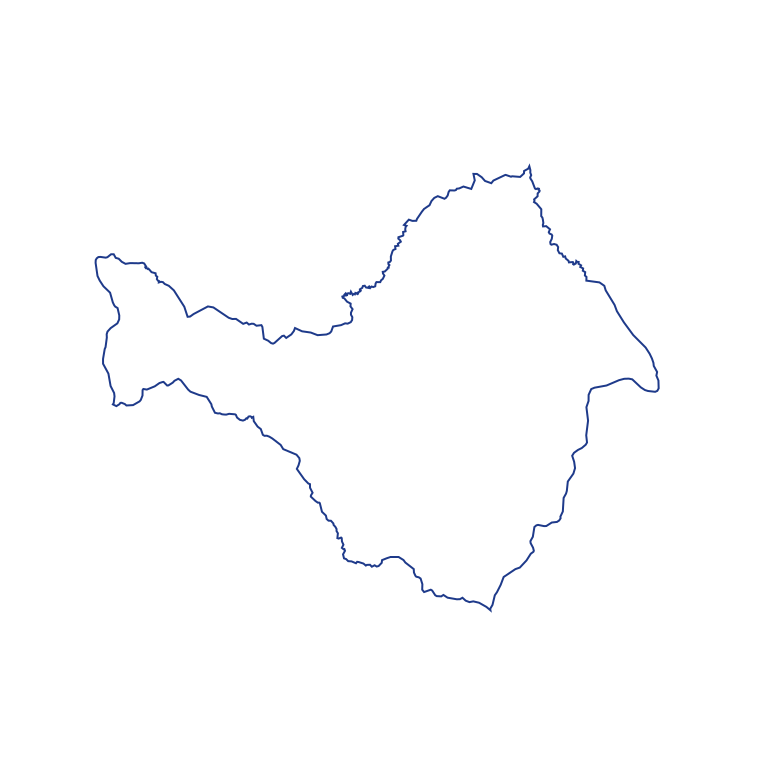 Riosucio, Caldas, Colombia, rotated 151°
{"feature_id": "7082276B83687707691324", "entity_name": "Riosucio", "entity_type": "district", "adm_level": 2, "iso_a3": "COL", "parent_name": "Colombia", "parent_adm1": "Caldas", "projection": "orthographic", "projection_center": [-75.735, 5.434], "detail": "fine", "context": "isolated", "style": "outline", "palette": "blue", "viewbox_px": 768, "rotation_deg": 151, "n_neighbors": 0, "source": "geoboundaries", "source_scale": "gbopen_adm2", "svg_char_len": 6154}
<svg xmlns="http://www.w3.org/2000/svg" viewBox="0 0 768 768"><g transform="rotate(151 384 384)"><path d="M400.6,134.5L400.1,135.9L396.2,138.2L389.5,145.5L386.2,147.1L379.4,151.7L372.9,157.2L358.8,158.4L354.2,157.6L344.9,160.6L337.9,164.4L334.7,164.8L333.8,165.5L333.0,168.5L332.9,173.8L332.1,175.6L327.9,178.2L321.8,186.0L319.3,186.5L317.6,186.1L312.9,182.1L310.9,181.1L304.4,181.5L299.6,179.5L297.0,179.7L294.7,180.9L294.0,182.5L289.4,185.8L282.1,197.3L277.9,199.9L275.9,201.9L270.5,209.6L261.8,213.8L257.7,217.8L255.4,223.8L254.2,230.0L251.2,231.7L246.3,232.3L242.1,232.1L237.0,233.1L234.8,234.4L232.0,241.1L223.3,253.0L218.2,265.6L213.3,270.0L210.3,275.3L205.2,279.1L201.6,278.7L190.1,274.8L176.6,273.4L171.4,272.1L167.3,270.0L164.6,267.7L161.0,256.5L158.7,252.2L156.5,249.9L150.6,245.7L148.3,245.5L145.9,247.0L142.3,254.0L141.7,259.3L139.3,262.1L139.3,269.0L138.1,271.9L137.3,276.4L137.0,281.6L137.5,289.1L142.3,306.0L144.3,321.6L145.0,334.8L144.0,341.4L144.7,358.4L143.7,363.1L146.3,368.4L156.9,376.3L155.0,379.5L155.7,381.5L153.8,384.3L155.2,386.7L153.8,388.5L155.6,391.2L154.1,392.2L155.6,394.9L154.6,396.4L155.9,397.2L156.2,398.3L157.8,396.4L160.1,396.4L160.5,397.1L159.6,398.3L159.7,399.1L163.3,400.7L162.9,402.3L164.2,405.6L163.7,407.8L165.5,408.3L165.2,411.8L167.2,413.3L167.1,416.8L165.3,419.3L165.5,422.1L167.4,424.0L170.1,424.7L170.5,425.7L169.8,427.6L166.9,429.6L164.9,432.2L164.9,433.5L166.3,435.3L166.3,436.9L163.8,438.8L165.6,443.4L168.5,444.7L168.0,446.1L166.6,447.5L165.4,450.6L164.8,452.7L165.1,454.6L161.7,460.6L163.1,467.7L164.6,470.4L163.6,471.2L163.2,472.7L158.7,473.7L157.2,476.2L154.7,477.0L154.1,477.8L154.6,479.0L153.9,479.7L154.7,480.5L156.6,480.8L157.2,481.8L156.1,489.4L156.3,492.9L156.0,493.8L154.0,495.3L153.6,497.9L152.3,500.1L151.3,504.0L153.5,502.4L158.2,502.4L159.5,500.3L164.5,499.1L171.3,503.6L172.4,503.7L176.2,507.9L177.0,508.1L189.7,508.9L192.8,507.6L197.2,512.6L198.3,517.5L200.8,522.6L203.9,524.4L205.9,518.1L213.1,512.3L218.8,518.2L223.4,518.6L225.7,519.5L227.0,518.8L228.4,519.0L232.6,521.5L234.4,520.6L236.9,518.0L239.5,516.8L241.3,516.7L245.9,522.2L249.8,522.4L253.8,521.0L257.5,518.3L264.1,517.7L267.4,516.3L275.1,512.4L276.6,511.1L280.1,512.9L282.6,515.7L289.4,513.4L287.6,511.4L288.9,510.9L290.4,509.1L291.1,507.1L293.6,507.7L294.9,504.8L295.6,504.5L300.2,505.4L301.0,504.2L300.2,501.9L300.3,500.3L303.9,499.9L304.4,498.0L307.5,499.1L308.5,496.5L310.9,496.7L312.2,496.0L316.2,492.2L318.1,488.6L319.6,487.9L321.3,488.2L322.0,486.7L321.6,485.4L323.1,484.5L323.5,483.5L324.4,483.8L325.0,483.0L328.8,482.0L330.7,482.7L331.3,481.2L331.1,478.6L334.1,476.5L336.3,476.1L337.9,474.9L341.2,476.8L342.6,476.0L344.3,473.7L346.4,474.0L347.7,475.3L349.5,474.7L349.6,476.5L350.3,476.5L350.9,475.5L352.9,477.1L353.2,479.3L355.0,479.9L356.4,478.6L359.2,478.5L359.6,477.8L359.1,477.0L359.6,476.6L363.4,476.7L363.0,475.6L363.5,475.4L364.9,477.5L366.0,476.5L366.8,477.4L368.2,477.1L368.2,480.8L369.9,479.3L371.0,480.6L372.1,480.9L373.2,479.6L373.8,479.7L373.7,481.8L375.4,481.3L375.6,480.3L378.0,480.7L378.3,479.4L377.2,478.2L376.4,473.9L374.2,470.5L375.7,468.1L375.2,464.7L378.3,462.4L379.3,460.6L379.3,457.8L380.9,455.4L383.1,454.2L386.5,454.4L388.6,455.9L393.0,456.3L400.7,459.0L404.7,455.5L407.0,454.8L410.3,455.2L418.4,458.9L423.1,464.5L430.1,469.8L434.7,476.1L437.2,474.0L441.0,472.3L447.2,471.7L448.1,474.8L449.9,475.3L459.9,473.0L461.5,473.1L462.9,474.5L464.3,478.0L467.1,481.9L462.7,492.9L462.7,494.9L467.3,496.8L468.8,499.8L470.5,500.9L473.3,501.5L474.3,504.3L478.0,504.9L481.9,512.7L485.2,514.4L487.7,517.2L496.1,533.7L500.4,537.2L516.6,537.5L520.9,537.0L523.2,538.0L521.2,548.4L522.4,567.8L524.6,574.2L527.3,577.8L528.0,580.3L529.5,581.5L531.7,582.0L530.9,583.1L531.6,583.9L531.8,585.9L530.3,587.7L531.0,589.4L530.1,591.6L533.1,594.5L533.9,598.4L534.7,598.9L534.5,599.6L536.1,600.6L536.2,601.9L535.1,602.0L535.3,605.7L536.7,607.3L539.8,608.4L547.4,612.8L551.8,614.4L554.1,618.0L555.3,622.2L557.5,624.4L557.5,628.5L559.8,629.8L564.4,629.0L566.1,629.4L570.5,632.7L572.3,633.5L574.3,633.2L576.0,632.2L577.5,629.8L582.2,617.4L582.5,612.3L582.0,605.5L579.3,596.7L581.6,586.9L581.8,583.8L581.6,582.1L580.2,579.6L582.3,572.3L584.3,568.9L587.8,566.3L596.0,565.4L600.4,563.9L602.4,562.0L603.9,559.0L609.7,551.2L611.3,550.0L617.6,542.1L619.9,537.9L620.0,526.7L624.1,514.8L624.4,507.0L625.7,503.8L629.7,498.3L631.0,497.6L628.8,494.4L625.2,494.6L623.7,495.3L622.5,494.7L620.4,492.1L619.7,490.1L613.7,487.2L606.2,487.3L604.4,488.0L600.8,491.0L598.1,495.7L596.9,496.3L594.1,494.1L585.6,493.1L579.9,493.7L576.8,493.1L575.8,492.7L574.4,487.8L573.3,487.3L568.1,487.6L565.7,488.4L561.4,488.3L559.8,485.5L558.0,474.0L557.0,471.1L551.1,464.1L545.3,458.7L544.8,450.0L545.5,447.8L545.8,440.8L543.5,438.7L541.8,438.0L540.4,436.1L538.6,434.8L536.8,433.7L533.9,433.0L529.0,429.7L528.5,428.9L528.8,425.9L527.4,422.5L525.1,420.4L523.0,420.1L520.2,421.0L521.1,420.5L520.4,420.0L518.3,421.2L516.8,420.7L515.7,419.3L515.9,418.6L514.3,418.6L515.9,414.6L515.2,408.0L513.6,404.3L514.6,398.3L513.7,396.7L511.5,395.5L509.8,393.5L508.1,390.5L503.9,380.8L503.7,375.9L494.8,364.6L494.0,360.2L494.9,357.6L498.2,354.3L501.4,352.0L500.0,339.4L498.4,333.6L497.3,332.3L499.0,329.1L499.2,323.5L501.9,322.0L502.6,321.0L500.7,315.0L499.4,312.3L498.2,311.7L497.9,310.9L500.2,302.3L498.6,297.1L499.6,293.7L498.8,291.4L496.7,290.1L495.9,286.6L496.4,285.1L495.8,282.7L495.8,280.2L496.8,278.4L496.7,275.8L499.5,271.8L498.6,270.8L496.0,270.5L495.7,269.7L497.1,266.7L497.4,263.1L500.3,261.1L499.4,258.9L498.7,258.8L499.0,257.0L502.4,254.9L503.5,250.9L502.0,249.2L501.2,246.4L498.4,244.6L495.4,240.8L493.7,241.5L492.5,240.6L489.0,236.9L487.9,234.0L486.7,234.1L483.9,232.7L483.2,230.1L480.1,230.0L478.9,227.9L477.0,227.4L472.7,228.7L471.1,230.9L466.3,230.3L462.3,229.6L455.1,225.6L452.3,220.6L451.9,217.5L447.7,207.7L449.2,204.6L449.5,201.1L449.2,199.8L447.3,198.1L446.3,196.1L447.5,190.3L450.3,185.6L449.8,182.6L442.8,181.4L442.0,180.0L441.6,174.4L440.7,172.9L436.9,170.5L434.3,170.7L432.0,166.3L424.8,160.5L422.0,159.0L419.0,159.0L417.6,154.9L415.0,151.8L411.3,150.6L406.9,146.6L402.5,139.4L400.6,134.5Z" fill="none" stroke="#1e3a8a" stroke-width="2"/></g></svg>